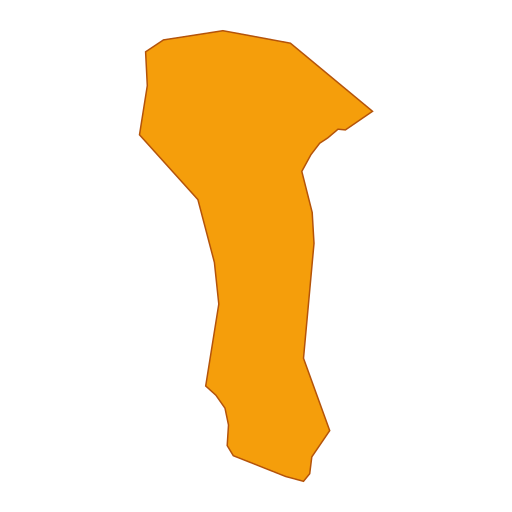 the Municipality of Škofljica
{"feature_id": "SVN-990", "entity_name": "Škofljica", "entity_type": "Municipality", "adm_level": 1, "iso_a3": "SVN", "parent_name": "Slovenia", "parent_adm1": "", "projection": "equal_earth", "projection_center": [14.578, 45.957], "detail": "fine", "context": "isolated", "style": "filled", "palette": "amber", "viewbox_px": 512, "rotation_deg": 0, "n_neighbors": 0, "source": "natural_earth", "source_scale": "10m", "svg_char_len": 499}
<svg xmlns="http://www.w3.org/2000/svg" viewBox="0 0 512 512"><path d="M329.7,430.6L311.8,456.9L309.7,473.7L303.5,481.3L285.7,476.5L233.3,455.7L227.2,445.6L228.5,425.0L225.0,408.2L215.9,395.2L205.7,386.0L218.8,304.1L214.4,262.4L197.9,199.6L139.5,134.8L147.3,85.7L145.6,51.8L163.5,39.9L222.9,30.7L290.4,43.2L372.5,111.3L345.4,129.9L338.0,129.2L327.9,137.8L319.7,143.2L310.9,154.7L301.8,171.4L312.2,212.5L314.0,243.4L303.5,358.3L329.7,430.6Z" fill="#f59e0b" stroke="#b45309" stroke-width="1.5"/></svg>